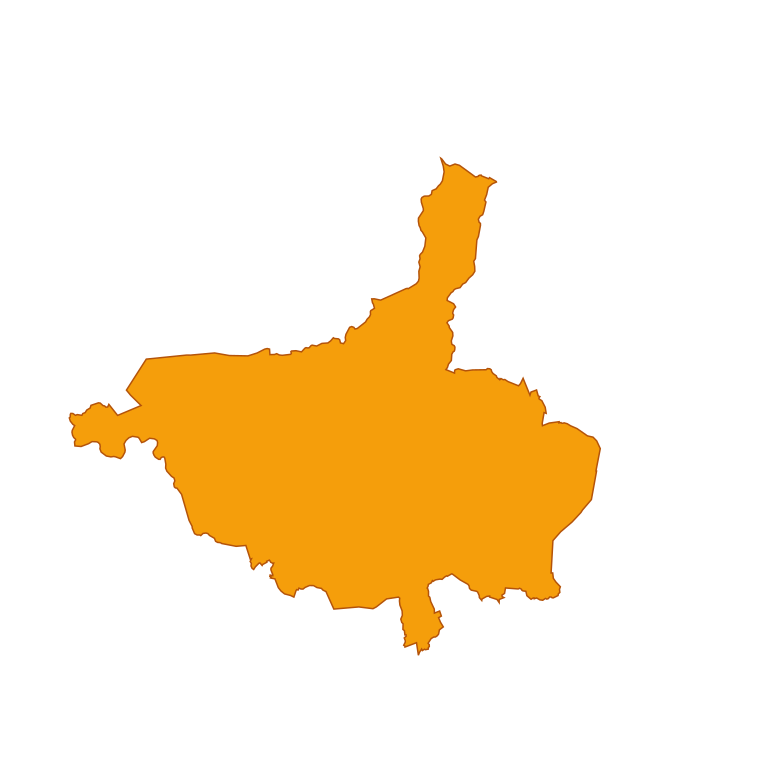 Pantepec, Puebla, Mexico (orthographic projection), rotated 30°
{"feature_id": "50627088B55522839668174", "entity_name": "Pantepec", "entity_type": "district", "adm_level": 2, "iso_a3": "MEX", "parent_name": "Mexico", "parent_adm1": "Puebla", "projection": "orthographic", "projection_center": [-97.891, 20.58], "detail": "fine", "context": "isolated", "style": "filled", "palette": "amber", "viewbox_px": 768, "rotation_deg": 30, "n_neighbors": 0, "source": "geoboundaries", "source_scale": "gbopen_adm2", "svg_char_len": 6170}
<svg xmlns="http://www.w3.org/2000/svg" viewBox="0 0 768 768"><g transform="rotate(30 384 384)"><path d="M147.3,592.2L152.9,589.6L158.0,583.4L159.9,579.9L164.1,577.7L165.7,577.5L168.0,578.2L169.5,580.0L170.4,582.2L173.1,584.4L179.5,585.2L183.9,583.7L186.2,581.9L187.9,581.3L193.1,580.4L193.9,577.6L193.7,572.6L192.9,570.6L188.8,565.9L188.8,561.9L189.9,558.2L192.3,555.1L197.5,553.1L199.1,553.4L203.4,555.9L205.3,553.8L208.1,548.2L212.6,546.3L215.7,546.4L217.2,547.9L218.5,550.8L217.9,557.9L218.6,559.2L220.3,560.6L222.5,561.7L226.5,561.9L227.8,561.2L227.8,559.2L228.6,558.0L229.8,557.2L231.2,557.8L235.2,562.6L236.9,566.0L239.6,568.1L246.1,570.2L249.2,570.4L251.3,572.5L251.7,575.5L253.8,577.9L255.3,578.3L256.8,577.7L263.9,580.8L283.4,599.6L289.1,603.3L289.9,604.6L294.8,608.3L297.7,608.2L299.9,606.9L301.1,606.9L302.0,603.9L304.3,602.1L306.2,601.6L308.6,602.4L314.3,602.4L316.8,604.4L319.0,604.4L321.7,603.2L323.2,603.3L337.1,598.5L345.1,592.9L355.7,602.5L356.6,601.6L356.8,604.6L358.8,605.7L359.8,608.1L361.9,609.6L363.9,609.8L364.0,606.8L365.3,601.7L366.0,601.0L369.2,602.1L369.2,600.9L371.7,596.9L371.0,596.2L372.7,594.0L372.3,593.5L375.0,595.0L377.3,594.9L378.0,594.3L378.6,597.4L378.2,600.0L379.0,601.5L383.1,604.8L383.5,605.6L380.9,606.4L381.4,607.8L382.8,607.6L382.8,608.7L387.0,607.3L394.3,613.2L398.3,614.8L402.8,615.5L408.7,613.9L412.5,613.6L411.1,606.8L411.2,605.7L412.6,605.4L412.4,603.3L414.5,603.1L416.4,602.1L417.4,599.6L420.2,595.8L423.8,593.8L427.7,593.8L432.0,592.3L434.1,593.0L437.6,592.8L453.1,604.0L473.6,589.7L486.8,584.1L488.8,580.9L493.7,568.8L503.1,561.3L504.7,561.6L505.8,564.1L508.3,567.5L513.1,571.4L515.6,575.2L516.1,579.2L518.6,581.6L520.4,582.1L523.1,587.1L525.0,587.4L527.5,590.8L528.4,590.2L529.3,591.4L528.5,593.8L530.6,595.5L531.5,596.9L531.7,600.4L533.2,600.5L533.7,601.3L541.5,591.8L549.4,601.7L548.9,598.8L549.1,594.7L550.5,595.7L551.7,593.4L552.7,593.4L554.9,591.5L554.2,590.1L554.5,588.7L553.5,587.1L551.8,586.5L552.1,580.9L553.5,578.4L555.1,577.3L556.0,575.4L556.3,573.3L554.9,569.2L556.8,564.7L552.1,562.1L548.1,559.1L549.7,556.3L545.7,552.8L542.2,557.2L540.1,553.8L533.3,549.1L530.3,545.8L528.6,545.4L526.2,541.3L524.2,539.4L523.4,539.2L523.3,537.2L522.6,535.4L524.4,532.4L524.2,530.1L525.2,530.3L526.6,527.8L530.0,525.0L532.0,524.1L533.0,520.9L534.2,518.8L535.0,518.8L537.6,514.5L538.3,514.4L547.9,515.6L556.8,515.5L558.5,516.2L560.3,518.3L562.6,518.9L567.9,517.2L569.2,517.4L572.2,519.6L573.4,521.3L576.9,522.6L576.4,521.2L579.1,516.6L581.5,514.8L582.0,515.7L589.6,514.1L593.0,515.7L591.5,513.0L594.7,509.0L592.6,509.0L591.7,507.9L593.1,505.1L591.2,499.9L602.7,494.4L603.5,493.1L605.6,493.0L606.6,493.7L607.8,493.7L610.5,492.6L613.6,495.9L619.0,496.9L620.2,494.7L620.8,494.4L621.3,494.8L621.3,494.2L622.2,494.1L623.2,493.0L626.9,493.0L629.6,491.9L631.0,489.0L632.5,488.9L633.5,487.9L634.0,485.6L635.3,484.9L636.5,485.1L637.6,484.5L640.5,480.2L639.9,478.5L640.5,476.6L638.6,474.0L638.1,471.4L631.8,469.5L627.8,467.6L624.6,463.3L623.2,464.1L608.6,435.2L610.9,423.6L615.9,409.4L618.8,396.7L618.9,393.9L621.4,380.4L611.6,353.1L611.0,353.3L603.6,331.8L596.6,326.9L591.6,325.5L586.1,327.2L573.5,326.1L566.4,326.9L562.5,326.8L559.4,327.6L558.5,328.6L557.1,329.2L556.6,328.9L554.9,330.2L554.5,329.1L546.6,335.2L542.1,340.9L540.7,339.0L536.9,328.7L539.1,328.3L535.2,323.5L529.0,319.5L525.9,319.4L525.2,318.7L525.3,317.0L523.5,317.2L519.1,312.9L515.3,317.5L516.0,320.7L501.6,309.5L502.0,315.5L501.4,318.3L490.2,319.9L486.4,319.7L485.1,320.7L482.6,320.8L482.4,321.8L481.8,321.6L481.9,322.4L478.4,321.9L477.3,320.8L473.2,320.4L471.0,319.4L469.8,318.1L468.0,317.9L465.9,318.9L465.3,320.6L453.6,327.6L448.1,331.8L440.7,333.7L438.5,336.1L438.5,337.1L439.6,339.3L430.4,340.6L430.7,338.1L429.9,334.5L430.6,330.0L427.8,324.3L427.8,321.5L428.4,320.5L428.2,319.1L427.0,316.6L425.6,315.7L423.0,315.7L421.8,314.4L420.7,312.9L419.6,307.9L417.7,305.0L412.4,302.5L411.4,301.2L407.9,299.5L408.1,297.0L410.7,293.7L410.8,292.2L409.8,289.4L408.3,288.6L407.8,287.7L407.1,284.8L407.5,281.5L404.1,279.7L396.9,280.1L395.8,277.7L396.5,271.5L397.5,269.4L397.5,267.7L398.3,265.8L401.7,262.5L402.2,258.1L404.0,255.3L404.6,249.9L406.2,245.0L406.3,240.9L403.7,236.8L400.3,232.8L400.5,229.7L392.4,212.8L392.0,209.0L388.2,198.3L387.2,196.7L385.4,196.3L383.3,194.1L383.3,190.7L384.8,188.1L384.1,184.6L381.3,175.4L379.1,174.5L378.2,168.7L375.9,161.5L377.8,156.3L380.4,152.9L380.0,152.5L372.2,152.5L372.1,153.9L364.3,155.0L363.8,154.5L362.7,155.1L361.7,156.3L361.7,157.2L359.7,159.0L340.0,156.9L335.5,158.0L332.0,162.4L327.3,162.7L321.4,160.2L320.3,160.1L326.3,165.6L330.0,170.2L333.0,178.9L332.8,183.0L332.1,185.0L331.6,188.9L329.0,192.5L330.2,196.1L328.8,198.8L324.9,201.2L323.6,203.5L323.7,205.3L325.5,207.9L330.3,212.4L331.4,214.2L330.9,223.1L332.4,225.9L335.2,229.3L337.2,230.5L339.2,232.5L341.0,233.0L347.2,236.6L350.5,244.3L351.4,250.5L350.6,253.6L350.7,255.2L352.6,257.5L353.2,261.0L356.7,264.5L357.8,268.9L361.5,274.8L362.4,277.8L361.8,281.1L357.3,289.4L356.4,289.5L355.4,290.4L339.7,312.3L339.0,313.1L333.2,315.0L330.8,316.4L333.4,319.4L334.9,320.2L337.9,323.2L335.9,327.0L336.0,328.1L337.6,330.6L337.8,333.1L337.0,336.3L337.0,339.5L333.1,349.3L331.3,350.9L329.6,350.0L327.3,350.4L325.9,352.1L326.2,360.0L327.2,363.1L329.1,365.6L328.8,369.3L325.8,370.2L323.4,367.8L321.9,367.7L318.4,369.3L317.0,369.3L316.2,373.4L314.9,376.5L309.9,379.9L306.7,384.8L302.3,386.3L301.6,387.3L301.1,389.9L300.2,390.8L298.3,391.5L297.6,392.5L296.5,397.4L291.1,399.2L287.4,401.7L287.2,402.6L288.4,403.7L288.3,405.0L281.6,410.0L278.9,411.2L275.9,411.4L274.4,413.2L270.5,415.6L267.4,411.0L265.1,411.7L263.2,413.5L258.6,420.6L252.1,427.7L235.8,436.7L221.8,441.8L201.9,455.8L198.8,457.5L165.7,481.3L164.0,518.1L170.1,520.4L184.4,524.1L169.0,544.4L155.9,539.2L156.2,542.0L154.8,543.1L153.0,542.7L151.4,543.2L147.8,542.4L146.1,543.1L140.9,549.0L141.5,551.7L139.6,555.2L139.5,558.2L137.9,560.2L138.0,562.2L133.6,563.9L132.5,565.4L129.3,565.1L127.5,566.0L127.5,567.1L128.8,569.5L128.4,570.7L130.9,573.0L134.7,574.5L136.9,574.7L137.2,580.0L137.9,581.8L139.9,584.1L142.1,585.5L144.4,586.0L144.9,586.6L144.9,588.9L147.3,592.2Z" fill="#f59e0b" stroke="#b45309" stroke-width="1.5"/></g></svg>